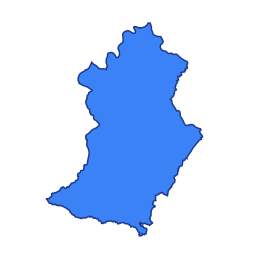 the district of Tha Maka, Kanchanaburi, Thailand, rotated 5°
{"feature_id": "78962969B86191185108320", "entity_name": "Tha Maka", "entity_type": "district", "adm_level": 2, "iso_a3": "THA", "parent_name": "Thailand", "parent_adm1": "Kanchanaburi", "projection": "albers", "projection_center": [99.774, 13.954], "detail": "fine", "context": "isolated", "style": "filled", "palette": "blue", "viewbox_px": 256, "rotation_deg": 5, "n_neighbors": 0, "source": "geoboundaries", "source_scale": "gbopen_adm2", "svg_char_len": 5800}
<svg xmlns="http://www.w3.org/2000/svg" viewBox="0 0 256 256"><g transform="rotate(5 128 128)"><path d="M200.6,122.8L200.3,122.5L198.8,122.3L195.3,121.3L192.4,119.1L190.8,119.0L188.5,119.5L187.7,120.2L185.1,120.3L183.9,119.1L182.5,116.3L180.7,113.6L179.4,112.2L178.5,109.3L178.6,108.6L177.9,106.8L176.4,106.3L175.0,106.8L173.6,104.7L170.8,101.2L169.9,99.7L169.3,98.3L169.3,96.6L167.7,95.8L168.8,94.2L170.3,92.4L170.4,91.8L170.9,91.0L170.8,90.4L171.2,89.4L171.2,86.8L171.6,86.4L172.4,86.2L172.9,85.6L172.4,84.9L171.5,84.2L171.5,83.2L171.8,82.2L171.9,80.6L173.3,78.2L173.3,77.5L172.5,76.5L174.2,75.7L173.2,73.4L173.1,72.3L174.9,72.5L174.8,71.5L175.9,71.3L175.8,70.9L176.8,70.5L176.1,68.1L177.4,67.6L178.5,67.5L178.7,67.2L179.4,67.2L179.4,66.1L180.3,65.9L180.0,63.7L180.8,63.5L181.0,63.7L181.6,63.6L181.5,62.8L181.8,62.7L181.6,61.5L181.3,61.3L181.1,59.4L181.5,59.3L181.7,59.0L181.6,57.3L180.8,56.5L178.2,55.7L177.2,55.0L175.3,54.3L174.6,53.6L173.3,52.8L170.4,50.5L169.2,50.3L167.7,50.7L166.5,50.7L165.6,50.0L164.9,49.8L163.8,49.8L162.8,50.2L162.1,50.3L161.4,50.0L159.0,48.3L158.2,48.1L156.4,48.0L155.3,47.6L153.4,45.7L152.9,43.7L153.3,42.2L154.3,41.4L154.9,40.6L155.4,39.4L155.4,38.4L152.9,34.4L152.1,34.1L149.4,34.2L148.4,34.0L146.3,33.4L145.0,32.4L144.4,31.5L144.0,30.2L142.6,27.5L142.6,25.8L142.4,25.1L141.9,24.0L141.6,22.7L140.8,21.5L140.0,21.5L138.6,22.0L138.6,22.6L138.1,23.6L135.8,25.9L131.5,27.4L131.3,27.0L130.2,27.1L130.0,27.3L127.6,26.5L125.6,26.4L124.9,27.1L124.9,27.5L127.0,30.9L127.0,31.7L126.7,32.7L125.5,33.3L123.5,32.7L120.4,31.2L119.4,31.0L116.5,32.1L115.0,33.9L114.6,35.0L114.6,35.9L115.3,39.1L115.6,41.9L115.5,42.4L115.0,43.5L113.7,44.5L112.4,45.9L111.6,47.2L111.2,49.1L111.3,50.1L112.6,52.5L113.1,54.6L113.0,56.6L112.2,58.0L111.3,58.9L110.2,58.7L108.4,56.1L107.2,55.1L105.9,54.3L103.7,54.3L102.0,55.1L101.4,55.6L101.2,56.3L101.4,58.5L100.6,60.3L100.4,61.8L100.7,65.2L101.5,67.0L102.1,68.8L101.2,69.6L101.4,71.4L101.2,71.8L98.7,71.1L96.2,71.5L93.2,70.9L92.0,69.5L89.5,68.0L88.6,67.8L86.1,65.7L84.7,70.0L83.6,72.1L82.3,73.2L80.3,74.0L79.5,75.3L77.3,76.6L75.7,77.9L74.9,79.3L74.1,81.8L74.1,83.4L74.2,85.1L75.2,86.4L75.3,87.7L79.3,89.4L84.0,90.7L89.0,93.4L88.6,94.5L88.1,94.6L87.2,95.1L85.8,96.3L85.7,97.7L85.2,98.6L84.6,99.2L84.5,102.9L84.3,102.9L83.6,105.6L84.3,108.0L85.0,108.9L85.7,111.0L88.3,113.4L88.5,115.8L89.5,116.4L89.5,117.6L90.6,118.1L92.5,118.4L92.9,121.0L93.3,122.1L94.1,122.8L95.5,123.2L98.4,125.9L99.5,127.1L97.8,129.3L96.4,130.6L92.2,133.2L90.0,136.1L86.8,138.9L86.8,139.8L87.0,140.3L86.6,140.6L87.1,142.6L87.6,143.2L88.5,143.1L88.5,144.1L88.2,144.3L88.4,145.1L88.4,149.0L90.0,151.5L90.7,153.1L91.4,155.5L91.5,157.6L90.6,165.5L90.7,167.0L89.7,168.5L88.4,168.3L87.9,168.5L87.2,169.6L87.5,169.7L87.7,170.4L87.5,172.2L87.6,173.3L85.9,174.4L84.7,174.7L84.5,176.0L83.8,176.8L82.3,177.7L82.1,178.6L81.9,179.0L82.0,180.4L82.9,180.8L82.4,184.1L80.6,184.8L80.0,186.3L79.2,186.8L78.7,187.4L78.2,187.4L76.4,188.0L75.8,189.4L75.2,189.9L75.1,190.3L74.6,190.9L74.1,192.2L72.8,191.7L72.0,192.6L71.3,193.7L70.4,193.4L68.4,192.3L68.0,193.1L67.4,192.9L66.1,194.1L65.7,195.9L64.9,196.8L64.4,196.8L61.9,198.7L60.7,198.7L59.5,199.6L58.4,199.5L57.5,200.5L58.2,202.3L58.0,202.8L56.6,203.6L55.6,205.2L53.0,205.7L53.1,206.1L53.7,206.4L56.0,209.6L56.5,209.9L58.0,209.6L58.1,210.0L59.0,210.4L59.3,210.9L61.7,210.6L62.1,210.2L62.6,210.7L63.7,211.0L63.9,211.2L65.4,211.0L65.5,211.5L67.6,211.0L68.7,211.5L69.6,211.5L72.3,212.8L74.1,213.4L74.6,214.0L77.0,215.2L77.8,217.1L79.1,217.8L79.8,219.0L81.3,219.6L82.3,219.4L82.9,220.9L83.3,221.2L84.4,221.2L85.8,221.6L87.1,221.7L89.6,222.3L90.0,221.7L91.7,221.3L93.8,221.3L96.3,219.5L97.9,220.1L98.1,219.3L100.2,219.8L101.8,221.0L103.2,220.5L104.9,221.3L106.2,221.1L106.8,222.9L109.1,223.2L110.0,225.3L111.4,225.2L111.3,224.7L111.8,224.5L113.6,224.5L114.0,223.8L114.5,223.5L114.6,223.0L118.3,222.1L119.3,222.2L120.0,222.5L121.7,222.8L122.2,222.0L123.0,222.1L124.0,223.1L124.6,222.6L125.8,223.8L126.4,223.8L126.6,224.4L130.3,222.7L132.6,222.8L133.3,223.5L135.9,223.5L137.1,224.1L139.2,225.2L139.5,226.3L141.3,225.7L143.2,226.4L144.3,226.3L147.7,231.0L148.6,231.6L148.2,233.4L148.8,233.5L148.8,234.4L149.4,234.5L151.0,233.9L152.0,232.8L151.6,232.3L153.5,232.9L153.8,232.1L155.2,231.9L155.1,231.4L155.7,227.3L155.2,226.8L154.5,226.2L152.9,226.2L152.5,225.8L152.2,225.8L151.7,225.5L151.7,224.8L151.1,224.7L150.9,224.1L149.4,224.6L148.6,223.5L148.7,223.0L148.4,222.2L147.9,222.3L147.9,221.5L148.7,221.0L149.1,221.8L149.9,221.5L150.1,222.4L150.8,222.4L151.5,222.2L151.8,221.9L152.4,221.9L153.3,221.3L154.4,222.1L156.5,222.6L157.5,222.5L158.1,223.0L158.5,222.3L159.1,222.0L159.6,221.4L160.2,221.0L160.7,220.5L160.7,220.2L159.0,219.1L157.9,217.4L157.7,216.9L157.9,216.7L157.3,216.1L157.9,215.0L158.5,213.4L158.3,208.7L159.0,206.5L159.3,205.8L160.3,205.0L160.5,204.4L161.4,204.4L161.9,203.5L159.7,202.4L159.1,201.3L159.9,200.1L159.6,199.9L159.9,198.3L160.6,197.9L162.1,197.8L161.6,196.2L161.3,192.9L162.7,192.4L165.3,190.6L165.2,190.3L166.1,189.9L166.8,189.4L167.3,189.7L168.0,189.3L169.2,190.7L171.4,191.4L171.8,191.0L172.4,191.7L173.1,192.1L173.3,191.6L173.5,187.2L174.0,186.0L174.3,185.5L174.8,185.5L175.8,183.1L176.4,183.2L176.6,181.7L178.0,179.1L179.2,178.1L179.3,176.5L179.1,175.4L179.2,175.2L178.4,174.2L178.2,173.6L178.5,172.1L178.5,171.7L179.7,171.5L180.4,170.4L181.3,170.0L181.4,168.6L181.2,166.7L182.0,166.3L181.5,164.2L182.2,163.9L182.5,162.0L183.1,162.0L183.8,161.3L185.1,160.8L185.3,159.8L185.4,155.7L186.1,155.7L186.6,155.5L186.7,155.1L187.2,155.1L188.4,152.9L189.5,153.3L189.3,152.0L189.4,151.6L192.7,146.0L194.6,141.8L200.0,134.1L202.1,132.7L201.5,131.4L202.5,131.0L203.0,130.5L203.0,130.0L202.7,129.4L200.6,127.1L199.4,125.3L199.4,125.1L199.7,124.7L200.7,124.2L200.5,123.0L200.6,122.8Z" fill="#3b82f6" stroke="#1e3a8a" stroke-width="1.5"/></g></svg>